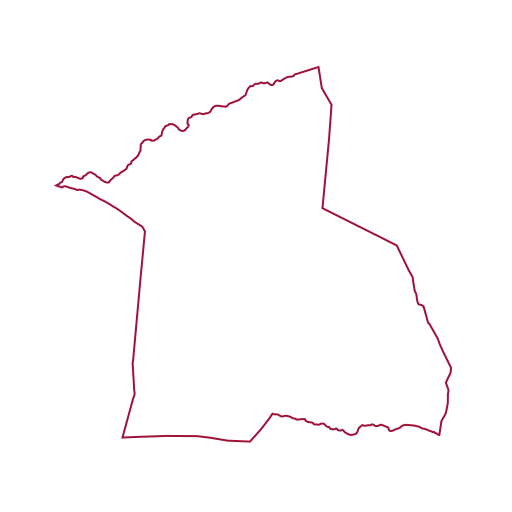 Mapai, Gaza, Mozambique (Robinson projection), rotated 96°
{"feature_id": "85939544B45935423796795", "entity_name": "Mapai", "entity_type": "district", "adm_level": 2, "iso_a3": "MOZ", "parent_name": "Mozambique", "parent_adm1": "Gaza", "projection": "robinson", "projection_center": [32.421, -22.625], "detail": "fine", "context": "isolated", "style": "outline", "palette": "rose", "viewbox_px": 512, "rotation_deg": 96, "n_neighbors": 0, "source": "geoboundaries", "source_scale": "gbopen_adm2", "svg_char_len": 6036}
<svg xmlns="http://www.w3.org/2000/svg" viewBox="0 0 512 512"><g transform="rotate(96 256 256)"><path d="M206.7,462.1L207.3,460.1L207.7,457.7L208.0,456.7L208.1,456.1L207.9,455.6L207.1,455.0L206.7,454.2L206.6,452.8L206.8,451.5L207.5,448.8L207.9,446.7L208.2,443.6L208.8,441.7L209.1,441.0L208.9,440.0L208.7,439.8L208.5,438.8L208.5,436.8L208.7,434.9L209.6,431.0L210.4,429.1L214.3,420.1L215.4,417.8L218.0,410.9L220.4,405.7L221.6,403.5L223.0,400.2L224.8,396.8L227.2,392.6L227.4,392.5L228.1,391.1L229.4,389.1L230.9,386.2L232.5,383.4L233.5,382.1L235.0,379.8L237.7,374.2L238.8,372.2L241.8,369.9L243.1,369.1L243.5,369.0L291.7,368.5L373.8,367.3L374.6,367.5L375.3,367.5L402.2,363.1L402.9,362.9L404.9,362.4L406.4,362.3L408.2,362.6L411.2,363.5L412.5,363.6L450.5,369.8L447.9,352.1L444.3,326.2L441.3,295.6L441.5,283.2L442.6,264.8L441.2,242.6L428.3,233.3L422.3,229.5L416.0,225.7L411.1,223.1L411.6,221.2L411.3,219.4L411.3,218.3L411.6,217.2L412.3,215.7L412.7,214.6L412.9,213.6L412.7,212.4L412.0,210.9L411.8,209.7L411.8,208.4L412.0,206.7L412.6,204.3L413.1,203.5L413.5,202.2L413.8,199.5L414.3,199.0L414.4,198.5L414.3,197.0L413.5,193.8L413.1,190.5L413.3,190.0L414.2,189.8L414.9,189.0L415.0,188.3L415.6,187.3L415.7,186.8L415.7,183.8L415.8,182.8L416.1,182.0L417.0,181.2L417.4,180.5L417.3,179.2L417.2,178.4L417.3,176.5L417.3,176.2L416.7,174.9L415.9,173.7L415.7,172.0L415.8,170.7L416.4,170.2L418.0,168.0L418.5,166.9L418.4,165.8L418.6,165.2L419.6,164.6L420.1,164.0L420.3,162.7L420.3,160.9L420.1,159.8L419.5,158.9L419.3,158.7L419.2,158.3L419.4,157.6L420.0,157.0L420.2,156.9L420.5,156.6L420.7,155.7L420.8,154.6L420.5,153.0L420.2,152.3L419.9,152.0L420.4,150.9L420.7,150.5L421.2,150.2L422.2,148.9L423.5,145.8L423.8,144.8L424.0,143.6L424.0,142.7L423.8,141.6L423.3,140.4L422.9,138.9L422.4,138.1L420.9,137.0L419.3,136.5L417.9,136.3L416.4,135.7L415.1,134.7L414.3,133.8L413.2,132.8L413.1,132.6L413.4,131.2L413.4,129.6L413.0,128.1L412.4,126.4L412.6,125.9L412.6,125.3L411.8,123.7L411.6,123.6L411.3,122.7L411.6,121.4L411.8,121.0L412.3,120.1L412.6,119.3L412.6,118.9L412.6,118.2L412.2,116.8L411.4,115.6L410.8,114.2L410.7,113.6L410.8,113.0L411.6,110.6L412.2,108.3L412.7,106.9L413.2,106.3L414.8,105.7L415.6,105.2L415.9,104.5L415.9,103.4L415.3,101.5L415.0,101.1L414.9,100.7L414.7,100.6L413.6,98.7L412.5,96.3L412.1,95.5L411.4,94.6L409.9,93.3L409.1,92.1L408.4,89.8L408.2,88.9L408.1,80.5L408.5,78.1L408.6,76.8L408.8,75.6L409.1,74.7L409.9,73.6L410.2,71.9L410.3,70.1L410.8,67.9L411.8,65.0L412.0,63.3L412.6,62.2L412.6,61.6L412.4,60.6L412.6,60.2L413.2,59.6L413.7,57.8L414.3,56.9L414.9,55.4L414.8,55.0L400.6,54.3L393.0,50.9L389.1,50.4L382.2,49.9L373.0,50.7L369.8,50.5L369.1,50.6L362.2,53.9L356.7,52.1L354.2,51.1L351.4,50.3L349.5,50.2L348.2,50.4L346.9,50.3L331.8,59.8L324.6,64.0L319.2,66.6L305.3,76.5L304.6,77.8L289.0,83.9L289.1,84.3L288.4,84.6L288.1,84.9L287.6,85.9L287.3,87.2L287.2,88.9L287.0,89.3L285.6,90.2L284.6,90.6L283.1,91.1L280.8,91.8L279.1,92.0L276.7,92.9L274.8,94.0L274.4,94.4L268.7,96.0L260.5,98.1L254.1,102.7L230.8,117.1L201.5,194.9L131.6,195.6L97.7,196.7L82.1,208.1L61.5,213.6L71.6,236.8L72.9,237.3L73.1,237.5L73.7,238.7L74.5,242.8L74.8,243.5L75.6,244.8L77.6,247.6L79.1,249.3L79.4,249.8L79.6,251.0L79.1,252.6L79.1,253.0L79.2,253.5L79.9,254.6L80.5,255.0L81.3,255.6L82.2,255.9L83.5,256.6L84.1,257.2L84.3,258.3L84.3,259.4L83.7,260.4L82.2,262.6L82.9,264.5L83.2,265.4L83.5,266.8L83.4,267.2L82.8,268.8L83.1,269.5L83.7,270.3L84.6,272.1L84.7,272.8L84.6,273.9L85.0,274.9L85.7,275.8L86.9,276.5L87.1,276.8L87.5,277.5L87.5,278.9L87.7,279.4L88.4,280.0L90.3,281.4L91.9,282.0L92.8,282.3L96.0,282.9L97.3,283.5L97.7,283.9L99.2,285.9L100.9,287.5L102.2,288.8L103.1,290.1L104.3,292.5L106.2,296.1L106.6,297.3L107.2,298.3L108.1,299.2L109.6,300.2L110.4,300.9L110.6,301.3L110.7,302.0L110.6,304.0L110.7,304.9L110.7,306.2L110.5,308.8L110.7,310.9L111.0,312.1L111.6,312.9L111.6,313.1L112.7,314.3L114.9,315.6L116.6,316.2L117.3,316.6L117.7,317.0L119.0,318.9L119.2,319.3L119.4,320.9L119.5,321.3L120.0,322.2L120.2,322.3L120.4,323.3L120.4,324.5L120.1,325.9L120.0,327.2L120.2,327.9L120.9,329.2L122.0,332.8L122.3,333.5L123.2,334.3L124.2,334.6L124.5,334.8L125.3,336.3L125.9,337.3L126.3,337.6L127.4,338.0L128.2,338.1L130.3,338.1L131.5,337.9L131.8,337.8L131.9,337.3L132.4,336.8L133.6,336.6L135.0,337.3L136.0,338.3L137.8,339.4L137.9,339.6L138.2,339.7L139.0,340.8L139.3,341.9L139.3,343.1L138.8,344.9L138.2,345.9L137.0,346.7L136.1,347.7L135.6,348.5L135.4,349.0L134.5,350.3L133.9,351.6L133.7,352.3L133.6,353.5L133.8,353.7L133.8,354.4L133.9,355.6L134.1,356.3L134.3,356.3L134.9,356.9L136.0,358.9L136.1,359.4L137.4,360.2L138.2,360.5L139.5,361.4L140.2,361.7L141.7,362.2L143.6,362.4L145.5,362.6L146.1,362.8L146.5,363.1L147.2,364.5L148.8,365.6L149.9,366.7L150.6,367.8L152.0,369.7L152.1,370.5L152.1,372.5L151.4,372.9L151.4,374.4L151.7,376.9L152.0,377.8L152.3,378.4L153.2,379.6L153.9,380.2L155.4,381.0L156.4,381.9L157.2,382.2L157.9,382.3L158.9,382.0L161.5,382.1L162.3,381.9L163.2,381.9L166.1,383.1L168.2,383.7L169.0,384.2L169.9,385.0L170.3,385.1L171.6,386.4L171.7,386.6L173.1,387.7L174.7,389.5L175.2,389.8L176.7,389.8L177.1,389.9L177.9,390.7L178.3,391.6L178.6,392.3L179.3,393.0L180.5,393.4L181.8,393.6L182.9,394.0L184.8,396.2L185.8,397.5L186.0,397.6L187.0,399.1L187.3,399.5L188.6,400.3L189.4,401.1L189.9,401.8L190.3,402.6L191.0,404.9L192.8,406.0L193.8,406.8L195.0,408.0L196.5,409.1L197.4,409.7L197.8,409.7L198.1,409.9L198.4,410.8L198.5,412.0L198.1,414.2L197.7,415.1L197.2,416.0L196.2,418.3L195.6,418.5L194.6,419.4L194.3,420.6L193.8,422.0L193.1,423.0L192.5,423.5L191.6,424.9L191.1,426.5L190.0,428.6L190.0,429.8L190.7,431.3L191.0,431.8L192.2,432.8L192.6,433.0L193.2,433.5L193.7,434.1L194.7,436.0L195.4,436.3L196.4,436.3L196.5,436.5L197.1,437.3L197.6,438.5L197.5,439.4L197.0,441.0L196.3,443.8L196.4,446.0L196.2,446.5L195.8,446.7L195.6,447.2L195.5,447.6L195.6,448.0L195.9,448.6L196.8,449.6L196.9,450.0L197.1,451.9L197.4,452.4L197.6,453.4L198.6,454.7L200.2,455.9L201.6,456.2L202.3,456.5L202.8,456.9L203.3,457.9L203.9,458.5L204.6,458.9L205.2,459.5L205.6,460.5L206.7,462.1Z" fill="none" stroke="#9f1239" stroke-width="2"/></g></svg>